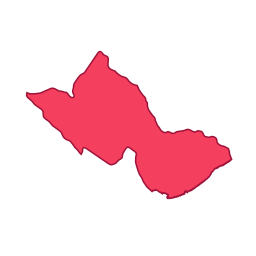 Ramón Santana, San Pedro de Macorís, Dominican Republic (Equal Earth projection), rotated 304°
{"feature_id": "3306468B54245916691578", "entity_name": "Ramón Santana", "entity_type": "district", "adm_level": 2, "iso_a3": "DOM", "parent_name": "Dominican Republic", "parent_adm1": "San Pedro de Macorís", "projection": "equal_earth", "projection_center": [-69.151, 18.515], "detail": "fine", "context": "isolated", "style": "filled", "palette": "rose", "viewbox_px": 256, "rotation_deg": 304, "n_neighbors": 0, "source": "geoboundaries", "source_scale": "gbopen_adm2", "svg_char_len": 5613}
<svg xmlns="http://www.w3.org/2000/svg" viewBox="0 0 256 256"><g transform="rotate(304 128 128)"><path d="M100.8,24.5L99.6,24.9L98.5,25.6L97.6,26.7L97.2,27.8L96.6,33.3L95.5,36.7L95.3,37.9L95.2,39.8L95.1,45.3L94.7,47.5L93.9,48.5L90.4,51.3L89.7,52.6L89.4,54.3L89.3,57.9L89.1,59.7L88.0,63.2L87.7,65.0L87.5,71.8L87.4,73.6L87.1,74.8L86.6,75.8L84.4,79.5L84.0,81.1L84.0,83.4L84.7,86.6L84.7,87.9L83.5,91.7L82.3,94.5L81.6,98.3L80.4,101.7L80.0,103.9L83.1,103.4L85.2,102.2L85.9,102.0L86.7,102.2L87.0,102.4L87.5,103.3L87.7,104.4L87.7,106.2L87.5,131.3L87.7,133.6L88.4,135.0L90.4,136.6L91.5,137.3L92.4,137.6L96.3,138.3L98.6,139.4L99.4,139.6L100.7,139.5L102.9,138.4L104.2,138.0L109.1,137.7L110.5,137.8L111.3,138.1L112.0,138.6L112.5,139.9L112.3,146.6L112.0,148.2L111.2,149.5L108.2,150.7L104.3,153.1L102.4,155.1L98.7,159.6L96.0,163.4L94.5,167.0L91.9,171.2L90.0,176.0L89.7,177.2L88.8,183.3L89.1,183.3L89.1,183.5L90.0,183.5L90.2,184.0L90.5,184.0L90.5,184.5L91.4,184.9L91.6,185.4L91.9,185.4L91.9,185.6L92.1,185.6L92.3,186.1L92.5,186.1L92.5,186.6L92.6,188.5L92.5,190.2L92.6,190.6L92.8,190.6L92.8,191.3L93.0,191.3L93.0,191.8L92.6,192.1L92.6,193.2L93.7,193.2L93.7,193.5L93.9,193.5L94.0,194.4L94.2,194.7L94.4,194.7L94.4,195.1L94.6,195.1L94.6,195.4L94.9,195.6L94.9,196.3L94.8,196.8L94.9,197.3L95.1,197.3L95.1,197.8L94.9,197.8L95.1,198.2L94.8,198.2L94.8,198.5L94.4,198.7L94.4,198.9L94.6,198.9L94.4,199.4L93.5,199.4L93.3,198.9L93.2,198.9L93.2,199.2L92.6,199.2L92.6,199.4L92.1,199.4L92.1,199.7L91.9,199.7L91.9,200.1L92.1,200.1L92.1,200.6L92.5,200.6L92.5,200.8L92.8,201.1L92.8,201.6L93.0,201.6L93.0,201.8L93.3,202.0L93.5,202.5L93.9,202.5L94.0,203.0L94.4,203.5L94.6,203.5L94.9,203.7L95.1,204.2L95.5,204.2L95.5,204.4L95.6,204.6L96.2,204.6L96.2,204.9L96.5,204.9L96.7,205.4L97.1,205.4L97.1,205.6L97.4,205.8L97.4,206.1L97.8,206.1L97.9,206.5L98.1,206.5L98.1,206.8L98.5,206.8L98.6,207.3L99.2,207.3L99.3,207.7L99.7,207.7L99.7,208.0L100.2,208.0L100.6,208.2L100.6,208.4L100.9,208.7L100.9,208.9L101.1,208.9L101.1,209.2L101.8,209.2L102.0,209.6L102.4,209.6L102.4,209.9L102.9,209.9L102.9,210.1L103.6,210.1L103.6,210.6L103.9,210.6L103.9,210.8L104.3,210.8L104.3,211.1L105.0,211.1L105.0,211.3L105.2,211.1L105.9,211.1L105.9,211.3L106.2,211.3L106.2,211.5L106.6,211.5L106.6,211.3L106.8,211.3L107.0,210.8L108.0,210.8L108.0,211.1L108.2,211.8L108.0,212.0L107.7,212.2L107.7,213.2L107.8,213.2L107.8,213.4L109.6,213.4L109.8,213.9L110.5,214.1L110.5,214.4L110.8,214.4L110.8,214.6L111.2,214.6L111.2,214.9L111.7,214.9L111.7,215.1L112.1,215.1L112.1,215.3L112.4,215.3L112.4,215.6L113.0,215.6L113.0,215.8L113.7,215.8L113.7,216.0L114.2,216.0L114.2,216.3L114.9,216.3L114.9,216.5L115.4,216.5L115.4,216.8L116.1,216.8L116.1,217.0L116.7,217.0L117.4,217.2L117.4,217.5L117.9,217.5L118.6,217.7L118.6,217.9L119.1,217.9L119.1,218.2L119.9,218.2L119.9,218.4L120.6,218.4L120.6,218.7L121.3,218.7L121.3,218.9L122.0,218.9L122.0,219.1L122.7,219.1L122.7,219.4L123.2,219.4L123.2,219.6L123.9,219.6L123.9,219.8L124.6,219.8L124.6,220.1L125.3,220.1L125.3,220.3L126.0,220.3L126.0,220.6L126.8,220.6L126.8,220.8L127.5,220.8L127.5,221.0L128.2,221.0L128.2,221.3L129.6,221.5L130.3,221.7L130.3,222.0L131.0,222.0L132.4,222.2L132.4,222.5L136.3,222.5L136.3,222.2L137.0,222.2L138.6,222.0L139.0,222.2L139.0,222.5L139.3,222.5L142.0,222.7L142.3,222.5L142.8,222.7L142.8,222.9L143.2,222.9L143.2,223.2L143.9,223.4L143.9,223.6L144.3,223.6L144.3,223.9L144.6,223.9L144.6,224.1L145.0,224.1L145.0,224.4L145.5,224.4L145.5,224.6L146.0,224.6L146.0,224.8L146.6,224.8L146.6,225.1L147.6,225.3L147.6,225.5L148.1,225.5L148.1,225.8L148.5,225.8L148.7,226.3L149.0,226.3L149.0,226.5L149.2,227.0L149.4,227.0L149.9,227.2L149.9,227.4L150.4,227.4L150.4,227.7L151.0,227.7L151.0,227.9L151.7,227.9L151.7,228.2L152.2,228.2L152.2,228.4L152.7,228.4L152.7,228.6L153.3,228.6L153.3,228.9L153.8,228.9L153.8,229.1L154.3,229.1L154.3,229.3L154.9,229.3L154.9,229.6L155.4,229.6L155.4,229.8L155.9,229.8L155.9,230.1L156.5,230.1L156.5,230.3L157.0,230.3L157.0,230.5L157.7,230.5L157.7,230.8L158.4,230.8L158.4,231.0L159.1,231.0L159.8,231.2L159.8,231.5L160.0,231.5L161.2,229.6L163.6,226.4L165.2,225.2L167.0,222.7L166.7,219.2L166.4,217.6L165.5,215.3L165.3,214.2L165.2,212.5L165.5,210.9L166.0,210.0L166.8,209.0L168.0,208.0L168.5,207.2L168.8,206.3L168.8,205.2L168.7,204.1L168.1,202.7L167.2,201.7L165.9,200.7L165.4,200.0L164.1,197.1L164.1,195.7L164.7,194.4L165.7,192.8L166.1,191.9L166.2,190.9L165.9,190.0L165.1,188.0L164.6,187.3L162.6,186.2L161.8,185.3L161.4,183.9L161.0,180.1L160.7,179.1L160.2,178.3L159.3,177.3L157.7,176.3L156.6,175.3L152.4,170.7L151.6,170.2L149.4,169.2L148.8,168.6L148.2,167.2L147.8,164.6L147.5,163.7L147.0,162.9L145.6,162.1L144.7,161.0L144.3,159.5L144.3,157.8L144.6,156.1L145.7,153.9L146.5,151.3L146.9,150.5L147.6,149.6L149.0,147.1L150.9,145.1L151.4,144.4L152.3,140.9L154.3,135.5L155.5,133.6L156.9,132.0L159.8,129.8L160.0,128.8L160.6,127.7L162.6,125.6L163.1,124.2L163.6,121.7L165.4,116.8L166.2,115.3L168.4,111.9L167.4,109.2L167.0,107.0L167.0,105.2L167.2,103.5L167.4,102.4L168.2,100.1L168.5,98.6L168.2,97.0L167.3,94.1L167.1,92.3L167.2,89.1L167.9,85.3L167.1,81.6L167.1,79.4L167.6,77.9L168.7,76.3L174.3,73.0L174.9,72.4L175.4,71.6L175.6,70.3L175.2,68.2L175.1,67.3L175.2,66.3L176.0,63.9L175.9,62.4L175.4,61.6L174.2,61.1L150.5,61.0L148.7,60.7L146.0,59.2L144.6,58.8L141.6,58.5L135.5,58.5L133.1,59.0L130.8,60.3L127.9,61.3L126.5,62.4L125.2,64.7L124.6,65.3L123.6,65.6L122.8,65.5L122.1,65.0L121.8,64.5L121.6,63.0L121.9,61.0L122.9,58.4L123.0,57.0L122.0,54.9L121.3,52.3L120.1,50.1L119.6,45.4L119.3,44.3L118.9,43.3L117.6,41.9L108.5,36.2L107.3,35.1L104.7,32.1L102.3,28.8L101.2,26.7L100.8,24.5Z" fill="#f43f5e" stroke="#9f1239" stroke-width="1.5"/></g></svg>